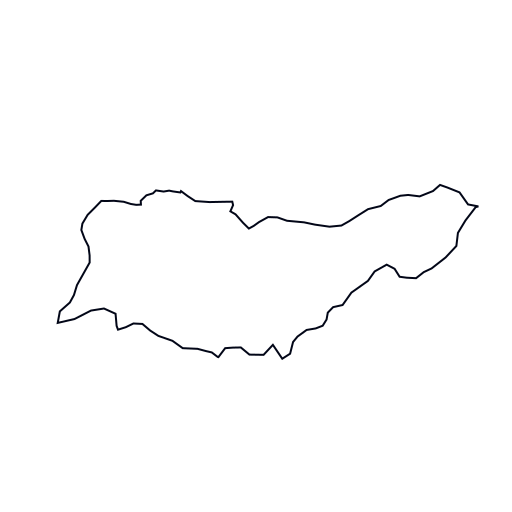 outline of Platanisteia, Limassol, Cyprus, rotated 302°
{"feature_id": "46923920B24225105441994", "entity_name": "Platanisteia", "entity_type": "district", "adm_level": 2, "iso_a3": "CYP", "parent_name": "Cyprus", "parent_adm1": "Limassol", "projection": "natural_earth1", "projection_center": [32.714, 34.708], "detail": "fine", "context": "isolated", "style": "outline", "palette": "ink", "viewbox_px": 512, "rotation_deg": 302, "n_neighbors": 0, "source": "geoboundaries", "source_scale": "gbopen_adm2", "svg_char_len": 1540}
<svg xmlns="http://www.w3.org/2000/svg" viewBox="0 0 512 512"><g transform="rotate(302 256 256)"><path d="M415.9,418.3L412.1,408.5L417.8,394.9L415.5,382.1L413.8,374.4L404.9,371.7L393.3,363.2L388.4,352.7L383.6,346.5L378.1,342.2L373.8,338.8L364.5,335.3L355.1,326.2L345.2,321.4L335.0,316.6L327.1,312.3L319.8,302.8L313.9,289.5L310.0,278.9L302.3,263.6L300.1,253.7L295.4,245.6L286.4,240.6L280.3,238.1L275.5,235.4L277.3,227.4L280.5,216.6L280.3,210.6L287.0,209.6L289.5,207.1L284.8,199.8L277.1,188.0L270.4,175.4L270.6,166.3L271.3,158.0L269.8,158.2L266.7,151.2L265.4,147.7L261.7,143.5L258.6,136.4L254.5,135.4L249.4,130.9L241.7,129.0L238.6,131.2L235.9,127.3L233.8,122.3L231.9,115.1L227.5,106.2L223.8,100.7L220.7,95.6L212.1,93.8L201.7,91.4L191.5,91.6L185.5,94.1L179.7,101.6L175.3,108.9L168.3,114.6L162.3,118.4L147.4,119.1L136.5,119.6L126.4,122.3L117.9,122.8L105.1,119.0L94.2,123.3L106.4,135.5L122.3,145.0L130.9,154.9L132.6,167.5L122.9,174.8L120.4,178.0L126.6,183.3L133.8,187.8L138.2,195.7L136.7,205.8L136.5,215.5L139.8,230.1L139.0,242.7L146.3,255.6L148.9,264.1L150.8,269.6L150.1,277.0L150.3,277.7L161.5,278.7L166.1,285.0L170.4,291.6L168.9,302.7L176.2,314.8L189.6,317.4L182.8,332.7L191.2,336.7L202.7,333.0L209.7,333.9L220.1,338.1L226.2,345.0L232.2,349.5L239.5,349.5L246.0,346.9L253.5,348.5L260.3,355.4L275.5,356.3L294.2,364.1L305.8,364.8L317.9,371.4L318.6,380.3L314.5,388.8L317.5,395.4L322.0,403.5L331.2,406.8L338.5,411.5L355.3,417.6L370.7,420.6L382.6,415.0L397.2,414.8L413.8,416.4L415.9,418.3Z" fill="none" stroke="#020617" stroke-width="2"/></g></svg>